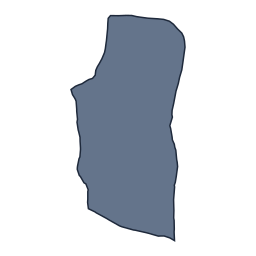 the district of Gee, Grand Kru, Liberia
{"feature_id": "62588387B93003043713282", "entity_name": "Gee", "entity_type": "district", "adm_level": 2, "iso_a3": "LBR", "parent_name": "Liberia", "parent_adm1": "Grand Kru", "projection": "mercator", "projection_center": [-8.155, 4.936], "detail": "fine", "context": "isolated", "style": "filled", "palette": "slate", "viewbox_px": 256, "rotation_deg": 0, "n_neighbors": 0, "source": "geoboundaries", "source_scale": "gbopen_adm2", "svg_char_len": 1455}
<svg xmlns="http://www.w3.org/2000/svg" viewBox="0 0 256 256"><path d="M172.4,117.1L171.9,114.7L172.1,110.4L173.6,103.8L175.2,95.4L176.0,91.1L176.6,89.2L178.3,83.5L179.6,77.3L181.8,69.9L183.0,61.6L184.2,52.9L185.0,47.2L184.5,41.0L183.6,36.8L181.8,33.1L177.4,28.8L173.4,24.2L172.3,23.4L169.4,21.2L163.7,19.4L157.7,18.8L148.0,18.2L140.5,17.2L136.5,16.6L131.8,15.5L126.3,15.4L118.6,15.7L110.5,15.6L108.2,18.3L107.8,23.4L107.6,28.8L106.4,41.0L106.1,42.9L105.3,48.9L104.5,52.6L101.9,58.8L99.4,63.4L97.4,66.7L95.8,70.3L95.5,72.7L95.2,75.2L92.5,78.4L88.9,79.5L85.9,81.2L81.9,83.8L78.9,84.8L75.4,86.3L71.7,89.0L71.0,89.5L72.5,94.6L74.5,97.8L75.3,99.2L76.1,101.2L76.7,109.2L76.7,111.1L77.5,119.3L77.0,122.2L78.2,130.0L78.7,131.8L80.0,137.2L80.1,141.3L80.5,148.0L80.5,149.7L79.9,156.9L79.0,158.8L78.2,162.8L77.5,166.2L77.3,168.1L77.3,169.5L79.3,175.5L80.3,176.4L84.0,182.8L85.9,183.9L88.2,189.8L87.8,191.6L87.8,199.1L87.6,202.4L88.4,208.7L95.0,211.9L96.2,212.8L106.9,218.6L109.3,220.1L119.6,225.9L122.0,226.8L133.5,230.0L135.2,230.2L146.3,232.7L148.6,233.3L158.3,236.1L160.6,236.0L164.2,236.0L169.8,237.9L174.5,240.6L174.1,231.9L174.3,229.1L174.1,220.3L173.7,218.0L173.9,210.2L173.8,207.4L173.6,199.7L173.7,198.4L174.6,187.0L174.3,185.2L175.3,182.3L176.3,176.2L176.7,173.1L177.6,166.6L177.2,162.3L176.7,159.7L175.8,150.1L174.8,147.3L174.3,144.2L172.4,139.9L172.1,137.0L170.6,128.3L169.8,125.7L172.4,117.1Z" fill="#64748b" stroke="#1e293b" stroke-width="1.5"/></svg>